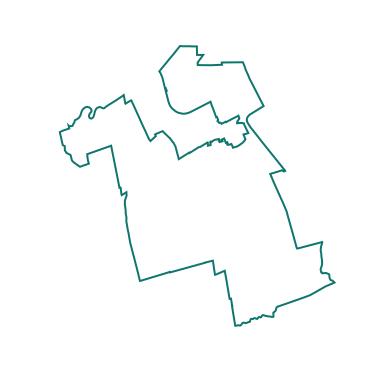 outline of Surdila-Greci, Braila, Romania, rotated 343°
{"feature_id": "2599482B86930693548610", "entity_name": "Surdila-Greci", "entity_type": "district", "adm_level": 2, "iso_a3": "ROU", "parent_name": "Romania", "parent_adm1": "Braila", "projection": "orthographic", "projection_center": [27.256, 45.061], "detail": "fine", "context": "isolated", "style": "outline", "palette": "teal", "viewbox_px": 384, "rotation_deg": 343, "n_neighbors": 0, "source": "geoboundaries", "source_scale": "gbopen_adm2", "svg_char_len": 5862}
<svg xmlns="http://www.w3.org/2000/svg" viewBox="0 0 384 384"><g transform="rotate(343 192 192)"><path d="M301.8,320.3L301.4,319.4L300.7,318.3L300.1,317.6L298.9,316.7L298.5,315.5L298.5,313.9L299.1,311.2L299.0,310.7L298.6,310.3L296.7,308.8L296.0,308.5L295.4,308.4L294.6,308.2L293.6,308.1L292.9,307.8L292.9,307.1L292.2,306.9L292.1,306.3L292.2,304.7L292.4,303.8L292.7,303.0L294.7,300.2L295.2,299.1L295.8,297.6L296.4,295.2L297.0,290.9L297.4,289.8L297.6,288.8L297.7,287.4L297.8,286.8L298.0,285.5L298.4,284.3L298.8,283.3L299.2,282.5L300.5,280.3L301.9,278.1L301.9,277.9L301.6,277.9L296.1,277.7L288.5,277.4L276.2,276.9L275.8,276.5L276.2,262.1L276.6,243.7L276.8,238.4L275.6,226.7L275.4,225.6L273.0,206.6L272.1,197.6L283.3,197.6L284.3,197.5L285.1,198.3L285.7,199.0L286.1,199.3L286.3,199.3L286.6,199.3L287.3,199.1L287.1,198.5L283.3,188.9L273.9,165.3L269.9,154.9L268.3,150.9L267.1,147.8L265.7,143.1L265.4,141.7L265.3,141.0L265.3,140.4L265.4,139.6L265.4,139.2L266.0,137.9L266.5,137.1L267.0,136.7L267.8,136.0L268.3,135.7L269.1,135.3L269.4,135.1L269.9,134.9L270.5,134.7L271.0,134.6L271.9,134.4L281.2,131.9L285.6,130.8L285.5,130.1L283.7,120.1L282.7,114.4L281.5,107.7L280.3,101.1L280.1,99.9L280.0,98.2L280.0,97.6L279.1,91.1L279.0,86.1L278.9,85.8L278.6,82.8L261.9,77.9L258.3,76.9L257.9,79.1L246.8,76.2L234.6,72.3L235.3,69.8L242.8,64.2L236.9,62.4L239.2,54.2L232.9,52.2L232.6,51.9L232.2,51.9L226.0,50.0L223.2,48.9L218.3,52.2L213.1,55.8L212.5,56.1L212.0,56.4L211.8,56.6L209.4,58.1L206.2,60.3L204.6,61.4L203.0,62.4L201.4,63.5L199.8,64.5L196.6,66.7L196.0,67.1L196.7,69.4L196.8,70.5L197.0,72.4L197.1,74.3L197.0,76.3L196.5,85.3L197.3,85.2L197.4,87.8L196.4,87.6L196.0,96.9L195.9,99.6L196.0,100.9L196.2,102.7L196.3,103.3L197.3,106.2L200.1,110.3L201.9,112.1L205.5,114.2L206.9,114.7L208.1,115.0L210.7,115.3L212.9,115.2L215.0,114.9L236.1,111.1L236.1,111.4L236.1,112.3L236.3,116.6L236.6,120.1L237.0,127.6L237.8,127.6L238.1,130.8L237.8,131.1L237.1,131.6L237.6,132.4L237.9,133.0L238.0,133.6L238.2,133.9L239.3,133.9L239.7,134.3L240.2,135.4L244.7,134.6L244.9,135.2L252.4,133.7L256.2,133.1L258.7,132.6L258.8,135.2L258.8,135.5L258.6,135.8L256.0,137.7L256.3,138.8L254.4,139.4L256.2,139.6L260.1,140.6L261.7,141.6L261.5,141.9L262.1,146.1L263.1,152.1L261.0,152.2L258.1,152.0L258.5,157.3L256.5,158.8L254.6,159.8L253.1,160.3L252.5,160.5L249.5,161.5L247.1,161.7L246.0,161.6L244.1,161.6L244.1,160.3L243.7,157.6L241.1,157.7L240.8,157.3L239.7,157.2L239.4,155.6L239.5,155.5L240.3,155.5L240.2,154.6L238.7,154.8L238.4,150.2L235.7,150.6L236.0,152.4L233.8,152.3L233.7,151.9L232.9,152.1L232.7,150.8L233.4,150.7L233.2,149.1L232.0,149.2L231.5,149.0L229.5,148.8L227.7,149.0L226.9,149.3L225.4,149.6L225.2,149.5L225.2,150.1L224.7,150.1L224.7,149.6L223.9,149.7L223.6,152.5L220.7,152.4L221.6,149.3L221.5,149.2L220.7,149.3L213.1,151.3L211.6,151.1L201.1,154.0L201.0,153.5L194.5,155.2L189.8,156.5L189.0,156.7L189.5,143.3L189.4,143.0L189.2,142.2L188.8,139.9L188.3,138.8L186.8,134.8L186.7,134.3L186.6,133.9L186.1,133.4L183.9,129.3L183.8,129.2L183.0,127.8L181.8,125.4L181.7,125.2L173.5,126.1L173.7,128.0L167.2,131.1L166.3,128.8L165.1,119.3L164.4,114.7L161.8,94.2L160.7,86.6L160.3,86.6L156.5,87.5L154.2,88.1L154.1,87.7L155.0,80.2L155.0,79.3L153.0,80.1L145.9,82.2L144.4,82.6L137.9,84.3L134.9,85.2L133.1,86.0L132.2,86.2L131.4,86.0L131.1,85.8L129.7,84.4L128.1,83.6L126.3,83.8L125.1,84.2L124.3,84.8L123.2,86.0L122.3,87.2L121.3,89.1L120.4,90.4L119.4,91.6L118.6,92.0L117.2,92.4L115.8,91.4L115.6,89.9L115.8,89.1L116.3,88.0L117.9,86.7L119.2,85.7L119.7,85.1L119.8,84.4L119.6,82.8L118.6,81.2L117.2,80.2L116.1,79.8L114.5,79.9L112.4,80.7L110.8,81.8L109.7,83.2L108.9,84.3L107.6,86.3L105.5,88.0L103.1,88.8L101.1,89.1L100.5,89.9L100.1,90.6L99.7,91.1L99.0,91.7L98.4,92.3L97.7,93.1L97.2,93.8L96.6,93.8L96.2,93.8L95.5,93.7L94.6,93.3L93.8,92.9L93.5,92.8L93.4,92.6L93.2,95.4L87.7,95.5L84.7,95.8L83.1,96.1L82.1,109.4L82.4,109.6L83.5,110.7L83.7,110.8L83.7,111.1L83.5,111.7L82.6,115.2L83.3,117.3L83.3,117.9L84.1,118.6L86.3,120.7L86.7,121.3L86.7,121.8L86.4,126.1L86.5,127.0L87.7,129.3L92.2,135.1L93.1,135.1L96.9,134.9L101.6,134.8L101.7,133.2L101.7,131.8L101.9,130.3L102.1,128.9L102.2,128.4L102.3,127.5L102.5,126.8L102.7,126.1L102.9,125.2L103.2,125.2L103.3,125.2L128.2,124.1L126.0,146.0L123.9,166.4L123.9,166.6L124.0,166.6L123.9,166.8L125.0,167.2L124.3,170.9L123.8,174.1L123.9,174.5L129.2,173.0L129.1,173.5L128.9,174.2L128.5,176.0L128.3,176.5L127.8,177.2L125.3,180.6L125.2,180.9L123.9,185.2L124.0,185.7L123.2,189.9L122.6,192.4L122.3,193.1L122.2,193.9L122.1,195.2L122.1,195.7L122.0,196.3L121.9,197.0L121.5,198.3L121.4,198.4L120.6,201.1L120.1,204.8L119.5,209.9L119.4,210.9L119.3,212.7L118.8,216.4L118.5,218.8L118.0,222.8L118.0,223.2L117.6,233.3L116.9,249.8L116.2,261.6L116.2,261.8L116.4,261.9L144.5,262.0L146.8,261.9L147.3,261.8L147.4,262.5L183.6,263.5L183.6,263.3L191.9,263.8L190.8,270.9L189.8,277.9L191.2,277.9L200.3,276.9L199.0,287.6L196.7,305.2L198.1,305.4L197.3,311.7L197.3,311.9L197.1,311.8L196.9,313.0L194.3,332.0L194.2,332.5L194.6,332.7L195.2,332.8L196.3,332.8L197.1,332.9L198.8,333.7L199.2,333.8L199.6,333.7L200.4,333.3L201.6,332.3L202.2,332.0L202.8,331.9L203.1,332.0L203.8,332.4L204.8,333.0L205.6,333.2L206.5,333.1L207.3,333.0L207.7,332.9L207.9,332.9L208.3,333.0L208.9,333.1L209.2,333.1L209.4,333.0L209.8,332.5L210.4,331.5L211.3,330.6L212.1,330.8L212.8,331.2L213.3,331.2L214.1,330.9L214.4,330.9L214.8,330.9L215.2,331.0L215.8,331.4L216.2,331.8L216.7,332.2L217.3,332.4L218.2,331.8L218.5,331.5L219.0,331.3L219.7,331.2L219.9,331.2L220.2,331.4L221.1,332.0L221.5,332.0L222.7,330.8L223.1,330.6L223.4,330.5L223.8,330.5L224.3,330.6L226.3,332.1L227.4,332.6L228.0,332.9L228.4,333.2L229.1,333.5L230.0,333.8L231.2,334.4L232.1,334.9L232.7,335.1L233.5,335.0L234.5,331.2L237.1,330.1L239.3,326.9L240.6,326.6L240.8,326.7L243.0,326.6L270.4,325.5L271.1,325.4L274.7,325.2L287.3,322.4L291.7,321.4L301.8,320.3Z" fill="none" stroke="#0f766e" stroke-width="2"/></g></svg>